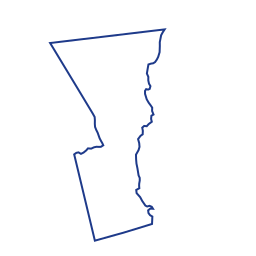 outline of Igarapé Grande, Maranhão, Brazil, rotated 166°
{"feature_id": "56859067B222723786922", "entity_name": "Igarapé Grande", "entity_type": "district", "adm_level": 2, "iso_a3": "BRA", "parent_name": "Brazil", "parent_adm1": "Maranhão", "projection": "equal_earth", "projection_center": [-44.85, -4.583], "detail": "fine", "context": "isolated", "style": "outline", "palette": "blue", "viewbox_px": 256, "rotation_deg": 166, "n_neighbors": 0, "source": "geoboundaries", "source_scale": "gbopen_adm2", "svg_char_len": 1352}
<svg xmlns="http://www.w3.org/2000/svg" viewBox="0 0 256 256"><g transform="rotate(166 128 128)"><path d="M186.6,115.4L187.4,26.7L166.0,27.3L158.0,27.5L127.9,29.1L126.7,33.1L125.8,36.2L127.7,38.1L128.7,40.5L128.4,43.2L125.9,44.4L123.3,43.6L124.0,45.8L126.0,47.3L128.4,47.2L129.9,48.5L131.9,53.9L132.9,57.9L135.4,62.7L135.0,65.9L131.6,66.8L131.2,69.2L130.6,71.3L129.3,74.2L128.7,76.8L129.2,79.4L128.6,86.5L128.4,91.4L127.7,95.7L126.7,100.2L123.1,104.0L121.4,106.9L120.8,110.6L120.9,114.8L117.7,117.4L115.3,118.3L114.3,121.6L114.1,124.9L111.8,126.1L109.4,125.2L107.0,126.8L103.4,128.3L103.4,131.2L102.3,134.3L100.0,134.9L100.5,138.7L99.6,141.9L100.7,144.9L101.8,147.5L102.9,151.3L103.2,157.0L102.5,159.9L101.0,161.3L99.2,160.4L97.5,160.7L96.1,163.2L96.9,165.9L96.8,169.3L95.9,172.7L96.5,176.3L94.6,180.7L92.8,184.7L90.2,184.9L87.9,184.7L85.8,185.4L83.4,187.5L81.5,189.7L79.0,193.9L77.3,199.8L76.4,203.6L73.4,210.0L71.2,212.4L68.6,214.8L81.1,216.4L123.9,221.8L147.7,224.8L149.8,225.1L183.0,229.3L167.2,178.2L158.7,150.5L157.7,146.8L158.2,143.8L159.2,140.0L159.7,137.0L159.3,133.9L158.6,130.8L158.3,127.7L158.0,124.8L157.3,121.9L156.6,119.5L156.2,117.2L158.9,116.3L161.2,116.8L163.0,117.4L165.6,117.5L168.7,116.9L171.8,117.9L173.9,116.4L177.1,114.9L179.9,114.3L181.9,116.3L184.1,116.4L186.6,115.4Z" fill="none" stroke="#1e3a8a" stroke-width="2"/></g></svg>